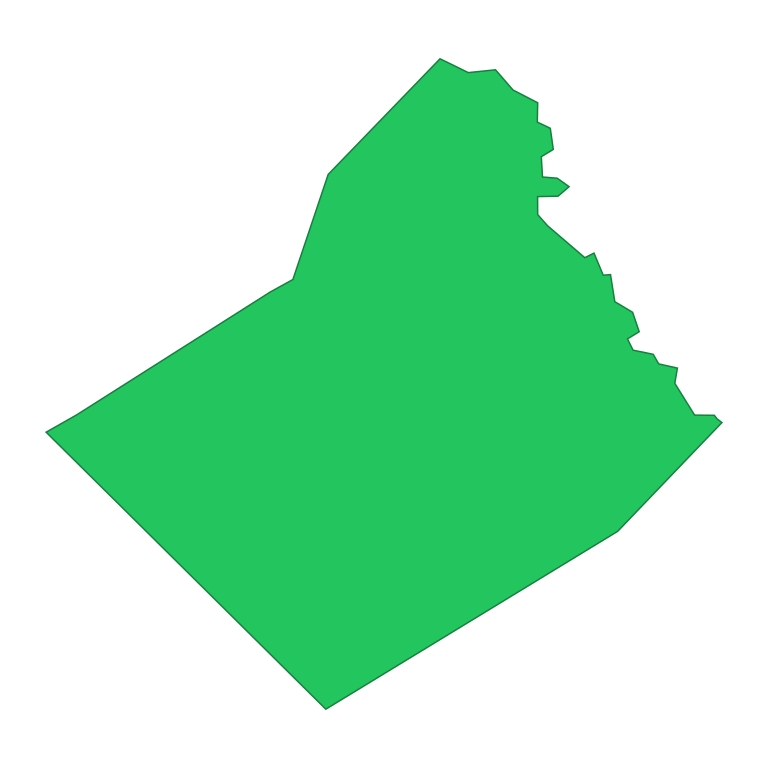 outline of Wharton, Texas, United States of America
{"feature_id": "52423323B28004932041096", "entity_name": "Wharton", "entity_type": "district", "adm_level": 2, "iso_a3": "USA", "parent_name": "United States of America", "parent_adm1": "Texas", "projection": "albers", "projection_center": [-96.061, 29.299], "detail": "fine", "context": "isolated", "style": "filled", "palette": "green", "viewbox_px": 768, "rotation_deg": 0, "n_neighbors": 0, "source": "geoboundaries", "source_scale": "gbopen_adm2", "svg_char_len": 630}
<svg xmlns="http://www.w3.org/2000/svg" viewBox="0 0 768 768"><path d="M325.8,709.2L617.7,531.3L694.8,450.8L721.9,422.6L717.1,418.9L714.3,415.3L694.6,415.1L674.8,383.3L677.4,368.1L658.7,363.9L653.2,354.3L633.1,350.2L627.5,338.9L639.2,331.7L632.6,312.3L614.8,301.7L610.5,274.6L603.2,275.2L594.0,253.1L584.8,257.7L547.5,225.7L537.7,214.6L537.6,196.6L558.0,196.2L569.1,186.7L557.2,178.2L542.5,177.0L541.3,156.7L553.3,149.4L550.3,128.3L537.3,122.1L537.7,102.8L513.0,90.0L495.5,69.8L468.3,72.6L440.0,58.8L328.2,174.4L292.9,279.5L270.4,291.9L76.6,414.9L46.1,432.2L325.8,709.2Z" fill="#22c55e" stroke="#15803d" stroke-width="1.5"/></svg>